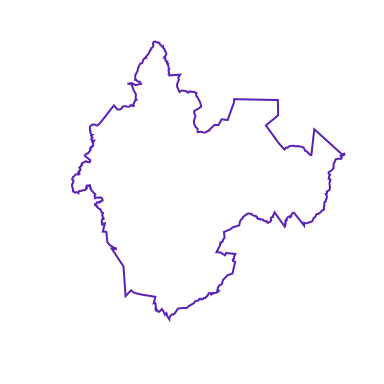 Hidalgo del Parral, Chihuahua, Mexico, rotated 32°
{"feature_id": "50627088B29513043306551", "entity_name": "Hidalgo del Parral", "entity_type": "district", "adm_level": 2, "iso_a3": "MEX", "parent_name": "Mexico", "parent_adm1": "Chihuahua", "projection": "robinson", "projection_center": [-105.698, 27.115], "detail": "fine", "context": "isolated", "style": "outline", "palette": "violet", "viewbox_px": 384, "rotation_deg": 32, "n_neighbors": 0, "source": "geoboundaries", "source_scale": "gbopen_adm2", "svg_char_len": 5928}
<svg xmlns="http://www.w3.org/2000/svg" viewBox="0 0 384 384"><g transform="rotate(32 192 192)"><path d="M300.8,78.9L299.3,80.6L262.5,74.0L273.6,97.4L272.3,97.9L269.0,97.0L266.7,96.8L266.3,97.1L263.3,95.3L260.6,95.6L258.8,96.7L257.9,96.6L255.7,98.4L254.4,98.6L250.9,100.8L250.3,101.5L249.6,103.9L248.2,104.3L247.8,107.0L239.6,104.6L219.4,96.4L224.4,81.3L216.1,68.5L178.6,90.9L180.2,94.1L184.1,112.1L178.6,114.6L179.0,121.2L175.5,123.2L173.8,130.0L174.2,130.7L172.9,132.0L172.7,133.0L171.5,134.6L170.2,135.5L167.7,136.1L165.2,138.2L163.0,135.4L160.2,134.8L157.6,132.9L155.9,130.7L154.7,125.7L152.3,124.2L150.9,122.1L153.9,116.6L154.5,114.5L151.1,111.4L146.1,108.6L145.2,108.5L144.0,107.5L143.4,105.7L141.6,106.2L140.8,105.9L138.6,107.4L137.4,107.4L136.2,108.6L136.4,109.6L135.1,109.9L134.1,109.5L129.7,111.2L128.4,113.8L123.1,110.2L122.8,109.2L122.2,108.5L121.4,103.7L119.7,102.3L119.7,98.8L111.1,105.1L110.7,104.2L109.6,104.3L109.2,102.7L107.7,101.6L107.6,99.7L106.6,99.3L104.4,96.9L103.7,96.7L103.8,95.9L102.4,95.8L101.9,94.4L101.0,94.9L99.8,94.6L98.6,92.6L97.4,92.9L97.6,92.3L97.0,91.9L97.4,91.4L97.2,88.8L96.4,87.8L94.7,86.9L93.5,85.6L91.8,85.4L90.7,84.2L90.7,84.6L90.2,84.7L88.8,84.1L86.8,83.9L85.5,82.9L85.3,83.4L83.8,83.1L82.8,83.8L80.9,83.9L80.0,85.0L80.1,86.5L80.9,87.6L81.4,87.7L82.0,89.7L81.2,91.8L81.7,92.5L81.4,93.9L81.9,97.1L81.2,102.7L81.8,102.8L81.0,103.6L80.6,105.4L81.4,108.9L80.1,110.5L80.1,111.7L80.7,115.9L81.7,118.3L82.0,122.9L84.5,127.1L85.4,126.5L87.5,127.0L88.9,126.3L90.1,126.5L91.5,127.4L87.5,131.2L83.3,131.6L79.8,134.4L83.3,132.6L84.3,133.3L84.9,133.1L85.8,134.5L88.8,136.8L92.5,138.7L94.5,142.3L96.0,143.1L95.3,143.5L95.2,144.3L95.5,145.2L95.5,147.0L96.0,148.7L97.0,149.9L96.2,150.6L94.3,150.3L93.6,152.7L92.7,153.6L89.2,154.9L87.9,156.5L88.1,157.7L87.6,159.7L86.5,160.7L85.0,161.5L79.9,160.0L77.5,182.5L76.8,184.2L77.0,185.0L75.9,186.1L73.6,186.5L71.7,187.7L70.8,190.6L73.0,194.1L73.9,194.4L74.1,195.3L76.3,196.8L77.1,196.5L76.6,197.7L78.5,198.5L78.2,199.0L78.7,199.5L78.6,200.6L79.3,200.6L80.4,201.7L80.5,201.1L81.2,201.2L81.2,200.5L81.8,200.2L81.8,202.8L83.1,204.1L83.6,205.6L83.0,206.1L83.3,207.4L82.4,207.8L82.9,208.7L82.6,209.6L83.7,210.3L83.3,214.2L82.9,214.9L82.3,215.2L81.7,217.4L81.8,218.1L89.0,219.0L89.5,221.0L87.0,222.1L85.8,222.0L83.4,226.2L84.4,227.6L83.9,228.0L84.3,229.1L83.5,231.1L85.4,231.8L85.7,233.2L85.1,234.4L85.7,235.0L85.4,235.8L86.8,236.0L86.5,237.4L85.4,237.7L83.8,239.2L83.7,241.4L83.1,242.5L83.7,244.9L85.1,244.9L85.4,245.8L86.1,246.3L86.3,249.2L87.2,250.7L89.3,252.4L90.5,253.7L90.5,254.3L91.3,254.6L91.6,254.2L93.0,254.5L94.0,253.5L95.2,253.3L95.4,252.7L96.2,252.9L95.6,251.7L96.2,250.4L97.7,249.7L98.5,248.3L100.2,247.1L100.6,246.3L100.7,245.6L100.4,245.3L100.7,244.5L99.9,244.4L99.9,243.6L99.5,243.0L100.0,242.6L99.8,242.1L100.5,242.1L101.5,240.3L102.1,240.5L102.3,241.4L103.3,241.6L103.6,242.6L104.7,242.9L105.6,243.9L111.3,245.2L111.3,246.7L113.0,248.7L114.3,247.0L116.4,246.0L116.9,245.2L117.9,244.9L119.5,245.3L120.7,246.6L119.9,247.6L119.8,248.5L119.1,248.6L119.1,250.0L117.9,250.1L117.7,251.1L117.0,251.2L117.0,252.7L116.2,253.7L116.6,254.5L119.0,254.2L119.1,254.9L119.6,255.1L122.1,255.5L123.7,255.3L125.5,256.9L127.6,256.9L127.9,257.3L127.6,258.2L128.0,259.2L128.5,259.3L130.0,261.2L130.5,260.8L131.4,261.7L130.3,263.0L130.8,264.5L131.5,265.4L132.3,265.8L132.5,266.9L133.2,267.2L133.5,265.9L134.7,264.7L137.4,272.9L140.4,271.1L146.8,279.4L148.6,279.8L149.3,280.4L151.8,280.6L155.5,280.6L157.4,280.1L157.7,280.9L154.0,282.6L173.3,291.4L190.8,315.5L192.4,307.7L195.7,308.1L197.5,307.8L203.9,305.6L216.4,300.3L218.3,306.1L218.7,305.2L219.7,306.3L220.7,306.3L221.2,307.7L222.5,308.7L222.6,309.9L223.9,310.2L223.5,310.9L224.2,311.6L226.2,310.9L226.8,311.4L227.6,311.0L228.0,310.2L228.4,307.2L230.1,307.8L234.1,310.4L234.5,308.3L236.6,310.3L240.2,312.0L239.7,311.1L239.3,308.7L239.8,306.4L240.9,306.0L241.7,304.4L241.8,298.4L245.1,295.6L249.0,293.3L249.7,290.4L252.6,285.1L252.4,283.5L252.8,282.7L255.1,280.4L254.7,279.0L256.0,277.9L256.8,278.2L258.0,276.8L258.1,275.7L259.4,275.0L259.6,273.3L260.2,272.4L259.9,271.9L260.2,270.2L259.7,269.0L261.1,268.1L262.4,268.7L262.4,267.6L263.3,267.6L263.0,266.9L266.1,264.5L266.4,263.5L267.0,263.1L267.1,261.6L265.8,262.3L264.6,259.3L264.8,256.5L266.1,254.5L264.9,250.0L266.3,243.6L269.5,239.8L265.7,228.4L263.3,228.8L262.5,227.9L262.8,226.0L262.0,224.8L261.6,221.6L253.3,225.6L253.6,228.2L248.1,228.2L244.7,230.1L244.0,221.9L243.5,221.7L242.9,220.0L243.7,219.7L243.5,218.7L244.3,217.6L243.7,216.9L243.6,216.0L243.9,213.6L240.3,208.9L244.1,203.7L245.3,200.3L249.7,195.3L248.3,191.6L248.3,188.5L248.7,188.1L248.8,186.7L248.5,185.8L249.5,183.9L249.6,182.8L250.4,182.1L250.3,181.2L251.1,180.4L254.1,179.0L254.7,179.5L255.9,179.5L257.7,179.1L258.6,178.5L258.9,178.9L260.2,178.7L261.3,179.7L262.6,179.7L263.3,179.0L264.7,179.1L264.9,178.6L266.8,177.9L268.5,178.4L269.1,177.8L270.3,177.8L270.6,177.4L270.8,177.8L272.7,178.0L274.0,176.0L274.2,174.0L272.9,172.8L272.6,171.8L273.9,170.3L273.2,169.4L273.3,167.6L272.8,165.5L289.1,172.3L289.0,171.2L287.9,170.1L288.2,169.2L287.3,168.5L287.4,167.4L286.7,167.1L286.4,166.1L287.0,165.6L286.5,165.4L286.7,162.0L287.7,160.9L288.5,161.4L288.5,160.8L289.1,160.2L288.3,158.5L288.5,156.4L289.0,155.8L289.7,155.6L304.7,161.0L303.2,158.9L305.2,158.3L309.0,153.9L309.4,152.9L308.9,149.2L309.7,148.0L309.4,144.7L311.0,143.3L311.9,140.5L312.0,138.7L313.1,137.4L313.2,136.7L311.8,135.2L311.5,133.4L309.8,131.0L309.9,130.0L310.4,130.4L310.1,129.8L310.4,128.7L309.7,127.5L309.4,125.4L308.3,123.7L306.4,122.9L307.1,121.4L306.1,120.1L307.3,118.0L307.2,115.9L304.0,111.8L303.4,110.2L303.5,109.4L302.9,109.0L302.8,108.2L302.1,108.3L301.6,107.8L300.9,108.3L299.9,105.9L300.0,104.2L298.1,104.0L297.4,102.7L298.7,100.4L299.5,96.9L297.1,93.0L297.1,90.5L296.5,88.1L298.6,86.1L300.5,85.2L301.0,84.4L300.9,83.5L298.9,82.6L301.2,80.3L301.4,79.4L300.8,78.9Z" fill="none" stroke="#5b21b6" stroke-width="2"/></g></svg>